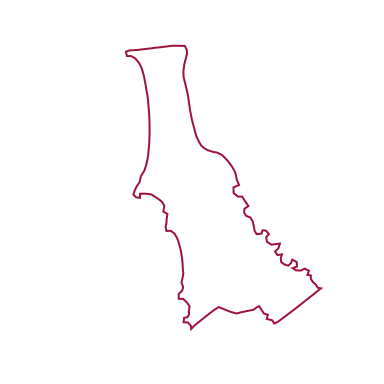 the district of Imbituba, Santa Catarina, Brazil, rotated 152°
{"feature_id": "56859067B19034795725068", "entity_name": "Imbituba", "entity_type": "district", "adm_level": 2, "iso_a3": "BRA", "parent_name": "Brazil", "parent_adm1": "Santa Catarina", "projection": "orthographic", "projection_center": [-48.703, -28.213], "detail": "fine", "context": "isolated", "style": "outline", "palette": "rose", "viewbox_px": 384, "rotation_deg": 152, "n_neighbors": 0, "source": "geoboundaries", "source_scale": "gbopen_adm2", "svg_char_len": 2381}
<svg xmlns="http://www.w3.org/2000/svg" viewBox="0 0 384 384"><g transform="rotate(152 192 192)"><path d="M181.1,37.1L176.2,37.2L170.2,38.1L153.0,40.9L123.4,46.4L125.9,48.4L126.2,52.4L127.5,55.7L127.9,59.6L126.2,62.5L129.0,64.7L125.7,67.5L128.6,71.5L132.8,71.5L137.0,74.1L138.9,77.5L134.3,76.9L132.4,81.0L135.3,85.2L138.0,82.7L141.6,81.8L144.4,84.6L146.1,88.3L144.6,92.1L141.9,94.7L146.2,96.2L146.6,100.5L142.2,101.7L138.6,105.2L142.6,106.7L146.6,108.2L149.2,112.9L147.6,117.4L143.9,118.7L144.8,123.1L147.6,125.1L150.2,122.6L154.7,124.4L155.0,128.0L153.8,132.0L152.2,137.4L152.5,142.2L155.5,145.7L155.5,149.6L153.6,152.6L148.8,153.1L149.4,158.7L149.9,164.4L153.5,166.3L155.8,171.5L153.2,176.6L147.2,176.1L146.7,181.5L145.0,187.4L144.6,191.0L144.8,196.3L145.7,202.0L146.6,205.8L148.3,210.9L151.3,215.0L154.7,217.6L158.6,221.7L160.5,224.7L162.0,228.3L162.3,232.6L162.0,238.8L160.9,244.2L159.8,248.7L158.9,252.6L158.0,256.4L156.7,260.5L155.3,265.2L153.2,271.0L151.4,275.9L150.1,279.6L148.7,284.7L147.3,289.9L146.5,293.5L145.3,297.8L143.0,302.5L138.9,308.3L134.2,313.4L131.4,316.5L129.8,320.3L129.8,324.4L140.7,330.4L153.2,335.1L156.6,336.6L160.3,337.9L168.5,341.1L172.7,342.7L181.1,346.5L184.5,346.9L185.6,342.6L181.8,340.5L179.3,336.4L178.1,330.4L178.4,324.6L179.3,320.0L180.3,316.0L181.4,312.6L182.9,307.7L184.4,303.4L186.0,298.3L187.6,294.0L189.4,289.9L191.7,284.5L193.2,280.9L195.1,277.0L197.3,272.5L199.5,268.3L202.2,263.1L204.4,259.4L206.3,256.0L208.8,252.1L211.5,248.1L213.6,244.8L216.2,241.5L219.9,237.2L224.2,233.1L229.2,230.3L231.4,228.0L233.7,225.3L238.5,222.7L242.3,219.9L245.0,217.2L243.8,213.4L240.6,211.3L238.7,214.8L235.2,213.1L232.4,211.4L229.2,209.1L227.0,205.4L224.4,200.5L223.1,197.2L222.9,192.8L226.5,188.2L224.0,184.1L226.9,180.3L229.3,176.4L231.6,173.7L232.8,169.6L229.0,167.7L227.0,163.5L226.8,159.0L227.1,155.5L227.9,152.2L228.5,148.8L229.5,145.0L230.9,141.0L232.1,137.6L233.6,134.0L235.3,130.3L236.7,127.3L237.9,124.1L240.2,121.2L243.7,117.2L244.5,112.1L246.9,109.6L251.6,108.2L253.8,103.9L250.0,101.7L248.5,97.3L247.7,92.2L250.7,88.5L252.0,85.3L254.9,83.6L258.1,84.6L260.6,80.9L256.9,78.8L255.8,74.7L257.0,71.4L253.3,72.8L238.2,75.7L232.2,76.7L229.0,77.3L222.5,77.9L214.2,68.1L209.7,63.8L205.2,62.8L192.8,59.1L189.5,59.8L186.4,59.7L186.0,55.9L185.6,51.0L182.7,48.0L185.6,44.8L181.4,41.1L181.1,37.1Z" fill="none" stroke="#9f1239" stroke-width="2"/></g></svg>